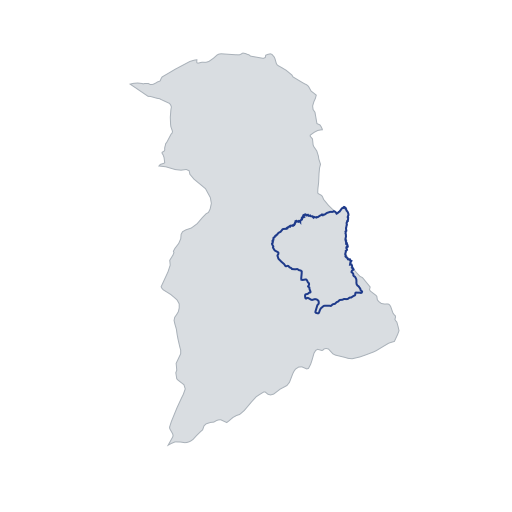 location of Bamingui-Bangoran within Central African Republic, rotated 100°
{"feature_id": "CAF-806", "entity_name": "Bamingui-Bangoran", "entity_type": "Prefecture", "adm_level": 1, "iso_a3": "CAF", "parent_name": "Central African Republic", "parent_adm1": "", "projection": "robinson", "projection_center": [20.535, 8.397], "detail": "fine", "context": "in_parent", "style": "outline", "palette": "blue", "viewbox_px": 512, "rotation_deg": 100, "n_neighbors": 0, "source": "natural_earth", "source_scale": "10m", "svg_char_len": 9635}
<svg xmlns="http://www.w3.org/2000/svg" viewBox="0 0 512 512"><g transform="rotate(100 256 256)"><path d="M353.1,183.4L357.6,184.8L358.4,186.4L357.2,191.6L358.0,194.8L360.6,197.5L363.2,198.7L365.7,199.4L374.5,201.1L378.1,203.0L382.9,209.1L388.9,214.6L390.3,217.5L390.1,220.2L388.3,223.4L388.6,224.8L391.4,228.0L394.5,231.3L400.3,235.0L410.3,240.8L414.9,244.6L416.5,247.6L419.1,250.8L422.7,253.7L425.1,255.9L423.4,262.3L423.9,264.4L424.8,266.2L426.9,268.7L427.8,271.9L429.9,275.9L432.3,277.7L436.5,278.4L438.7,280.2L443.2,283.4L447.6,286.2L449.5,288.1L450.7,289.8L451.7,291.8L452.2,293.7L452.3,298.0L453.1,303.4L455.4,307.0L457.6,309.7L448.7,306.6L447.3,306.5L445.7,307.1L441.1,310.9L439.6,311.4L433.7,310.6L419.4,307.5L408.4,304.6L405.1,303.6L399.2,302.6L395.3,304.6L391.7,311.4L390.7,312.7L384.9,314.7L382.2,314.2L375.6,316.0L365.4,313.2L361.8,313.8L358.9,315.2L351.6,318.3L347.1,320.0L341.9,321.7L337.0,324.1L333.7,325.5L330.5,325.4L327.5,324.0L324.3,322.8L320.5,322.6L316.5,323.3L313.1,326.0L311.8,328.0L308.8,333.1L305.4,341.5L304.0,343.2L302.8,344.1L286.8,339.9L279.9,338.9L275.2,340.2L269.4,337.9L266.9,337.4L265.7,338.2L262.4,337.1L257.1,334.3L252.1,333.1L247.6,333.5L244.8,332.5L242.5,329.7L239.7,324.6L234.5,319.6L227.5,315.5L223.1,312.5L221.4,310.4L217.7,309.3L211.9,309.1L206.4,311.1L198.5,317.4L191.1,330.4L187.0,335.3L183.7,336.6L182.9,339.7L184.5,344.7L184.9,350.4L183.8,360.2L184.2,367.2L182.4,366.1L180.7,362.8L180.0,362.1L175.1,363.6L172.6,365.0L171.2,366.3L170.2,366.5L168.7,364.7L167.4,364.3L165.5,364.7L163.6,364.6L162.3,364.4L161.5,364.6L159.2,363.5L150.8,360.8L149.4,359.9L147.7,359.9L143.4,362.3L141.1,363.0L134.2,364.5L126.7,365.2L123.9,365.2L122.0,366.3L120.7,367.8L118.4,376.7L117.8,378.3L117.9,380.5L117.2,387.7L117.5,390.0L108.6,409.8L107.2,406.5L106.2,402.6L105.9,398.2L106.1,397.0L105.5,395.7L104.8,392.1L105.5,389.8L104.9,387.3L103.2,384.9L101.6,383.1L100.7,381.4L100.0,380.7L98.3,380.4L96.0,379.6L86.1,368.0L75.9,354.9L73.8,350.7L73.0,348.3L75.5,348.0L76.1,347.5L76.1,346.4L74.6,343.0L73.9,338.8L72.6,336.2L68.6,332.2L64.8,329.2L63.6,327.6L62.9,325.4L61.4,311.3L60.8,307.3L59.6,305.5L58.7,304.7L58.4,303.7L58.5,301.2L59.1,299.0L59.0,298.1L60.1,296.1L60.1,283.1L58.9,281.3L56.6,281.3L55.4,279.4L54.4,277.0L54.7,275.3L56.9,272.6L58.4,271.6L62.7,269.5L64.0,268.5L64.7,267.2L65.3,265.4L67.8,258.7L71.6,252.0L73.2,250.7L77.0,240.8L77.9,238.3L78.6,235.8L79.8,233.8L84.0,230.4L87.1,224.6L90.5,224.9L94.0,225.8L98.4,226.3L101.9,225.2L104.2,222.9L115.0,219.0L115.8,215.8L117.5,214.2L119.5,212.8L120.2,212.6L120.4,213.6L121.6,216.9L124.0,220.1L127.6,223.6L128.7,223.4L130.9,220.7L136.5,219.1L138.0,218.3L142.0,214.4L146.8,211.9L149.6,211.0L154.5,208.4L158.0,208.7L163.5,208.3L172.8,207.1L179.5,206.7L182.9,206.2L183.7,205.7L185.0,201.9L186.1,200.8L188.6,199.2L193.5,193.5L196.8,188.7L197.7,187.0L198.4,186.7L199.8,184.7L198.4,182.6L192.9,178.3L193.0,177.8L192.7,177.0L193.0,176.4L195.1,174.7L197.9,172.7L201.0,172.0L208.9,172.2L215.6,171.7L217.2,171.8L222.4,170.8L226.0,169.9L229.7,167.9L238.1,168.1L245.0,162.9L247.0,161.9L247.9,161.1L248.2,160.3L251.4,158.3L255.1,154.0L258.0,150.1L258.8,147.4L266.7,138.2L269.4,138.4L270.7,137.3L273.9,131.1L274.8,130.0L278.1,128.9L279.6,127.1L281.0,124.4L281.0,121.0L280.4,118.3L280.4,117.0L281.1,115.8L282.4,114.6L288.3,111.3L289.9,109.7L290.8,108.3L292.4,108.0L294.3,108.2L295.4,107.3L296.7,105.8L300.9,103.8L304.7,102.2L308.7,102.9L316.1,104.9L318.3,109.3L319.3,110.8L328.4,121.2L330.1,123.6L334.6,131.2L337.4,136.2L340.5,143.5L340.8,147.5L340.4,150.9L339.8,160.6L339.0,163.3L335.0,168.5L334.9,170.9L335.7,172.8L336.9,173.6L337.6,174.6L337.2,179.1L338.6,180.8L341.6,182.0L349.1,182.8L353.1,183.4Z" fill="#d9dde1" stroke="#a8b0b8" stroke-width="1"/><path d="M252.3,157.6L252.7,157.8L253.6,158.9L254.3,159.1L254.8,159.2L255.1,159.1L255.3,159.1L255.7,158.3L255.9,158.1L256.4,157.4L256.6,157.2L257.4,156.9L257.9,156.8L258.1,156.7L258.3,156.7L258.7,156.3L258.9,156.1L259.1,155.3L259.3,155.0L259.5,154.7L260.2,154.1L261.2,153.4L261.8,153.1L263.4,152.7L264.9,152.5L266.3,152.0L266.6,151.8L267.6,150.8L267.7,150.6L267.9,149.9L268.1,149.7L268.3,149.4L268.9,148.9L269.5,148.2L270.2,147.6L271.5,147.0L271.8,146.6L272.5,145.4L272.8,145.3L273.5,145.5L273.8,145.6L274.0,145.9L274.2,146.6L274.2,146.9L274.1,147.6L274.2,147.9L274.5,149.7L274.6,151.1L274.7,151.3L274.9,151.5L275.2,151.7L275.6,151.7L276.4,151.6L277.2,151.6L277.6,151.8L277.9,152.2L278.4,153.0L280.2,154.9L280.4,155.1L280.6,156.3L280.9,156.7L281.2,157.1L282.3,158.1L282.5,158.5L282.7,159.1L283.0,161.4L283.1,161.9L283.3,162.2L283.8,162.9L284.1,163.4L284.7,165.6L284.9,166.0L285.2,166.3L286.0,166.8L286.4,167.0L286.7,167.4L287.4,168.5L287.9,168.9L289.0,169.7L289.4,170.0L289.7,170.6L289.8,171.1L290.1,171.7L290.4,172.2L291.9,173.3L292.2,173.7L292.2,174.0L292.2,175.0L293.0,179.5L293.3,180.4L293.8,181.0L296.1,182.9L296.6,183.2L298.3,183.7L300.7,184.1L301.2,184.3L301.5,184.6L301.7,184.9L301.7,185.7L301.6,187.0L301.1,187.7L300.4,187.8L294.3,187.1L293.7,187.0L292.5,186.2L291.9,186.0L291.2,186.1L290.5,186.2L289.7,186.5L289.4,186.7L289.2,187.0L288.8,187.5L288.5,188.0L288.3,188.7L288.2,189.3L288.2,190.2L288.3,190.5L288.4,190.9L289.4,192.8L289.5,193.6L289.5,194.0L289.4,194.3L288.4,197.0L288.3,197.5L288.3,197.9L288.4,198.3L288.6,198.6L289.1,199.0L289.2,199.3L289.2,199.6L288.9,200.0L288.3,200.3L287.4,200.6L286.5,200.8L285.8,200.8L285.3,200.6L285.0,200.2L284.6,199.1L284.4,198.6L284.1,198.3L283.4,197.7L283.0,197.4L282.8,197.1L282.5,196.3L282.3,196.1L282.1,196.1L281.5,196.2L279.4,197.5L278.9,197.7L278.0,197.9L277.7,198.0L277.2,199.0L277.0,199.4L276.8,199.4L275.3,198.8L274.8,198.8L274.3,198.9L273.7,199.1L273.3,199.8L273.0,200.2L272.4,200.7L271.2,201.5L270.7,202.1L270.4,202.7L270.6,203.4L271.5,205.9L271.5,207.2L270.1,207.6L265.2,208.0L263.2,208.3L262.6,209.3L262.5,210.1L262.5,210.7L262.5,211.2L262.3,211.6L261.8,212.7L261.7,213.1L261.8,213.5L262.3,215.1L262.6,218.3L262.0,218.9L261.6,219.7L261.4,220.8L261.3,221.1L260.4,222.1L260.2,222.5L260.2,223.1L260.3,223.4L260.8,224.3L260.9,224.6L260.9,224.9L260.8,225.2L260.6,225.5L259.5,226.5L259.1,226.9L257.0,230.4L256.5,231.0L255.2,232.9L255.0,233.1L254.7,233.5L252.5,234.6L252.1,234.9L251.6,234.9L251.2,234.8L250.5,234.4L250.2,234.4L249.1,234.4L248.8,234.6L248.4,235.1L247.6,237.6L247.4,238.2L247.1,238.7L245.2,240.4L244.5,240.8L243.8,240.6L243.6,240.6L243.3,240.8L241.8,242.1L241.3,242.3L241.1,242.4L240.8,242.3L240.7,242.0L240.5,241.9L239.5,241.9L239.3,242.0L239.0,241.8L238.7,242.0L238.3,242.4L237.8,242.2L237.1,241.7L236.9,241.9L236.4,241.8L235.6,241.9L234.9,241.9L234.6,241.5L234.4,241.1L233.9,240.8L233.2,240.7L232.7,240.4L232.4,239.7L232.0,239.6L231.8,239.6L231.2,238.8L231.1,238.7L230.4,238.6L229.8,238.2L228.8,237.3L228.0,236.1L227.6,235.8L226.9,235.5L226.2,235.0L225.4,234.7L225.0,234.4L224.5,233.3L223.9,230.6L223.3,229.8L223.2,229.8L222.8,230.3L222.5,230.0L221.8,229.1L221.6,228.8L221.4,228.5L221.3,227.6L221.1,227.6L220.6,227.9L220.1,227.3L219.9,225.1L219.3,225.2L219.1,224.8L219.2,224.1L219.0,223.8L218.7,223.8L217.9,223.4L217.8,223.7L217.6,223.7L216.6,223.3L216.3,223.3L215.9,222.8L215.5,223.0L215.0,222.8L214.8,223.0L214.3,222.4L214.5,221.7L214.9,220.9L215.0,220.1L214.8,219.9L214.0,219.8L214.0,219.5L214.2,219.1L214.8,218.4L213.9,218.6L213.6,218.6L213.3,218.2L212.9,218.1L212.3,217.2L211.9,217.0L211.6,217.1L211.1,217.5L210.7,217.5L210.6,217.3L209.9,216.3L209.8,217.1L209.4,216.9L208.4,215.8L208.0,216.5L207.5,216.4L206.4,214.7L206.4,214.4L207.2,213.7L207.3,213.4L207.1,213.2L206.6,212.6L206.4,212.0L207.3,211.4L207.3,210.8L207.0,210.2L206.7,209.8L207.2,209.4L207.3,209.1L207.3,208.2L207.1,207.7L207.1,207.4L207.1,207.1L207.4,206.8L208.0,206.5L208.2,206.1L207.6,206.0L207.4,205.6L207.6,204.6L207.5,203.5L207.6,203.2L207.1,202.9L207.1,202.6L207.1,202.2L206.9,201.8L205.3,200.2L204.7,199.4L204.2,198.7L204.2,198.1L203.7,198.0L203.8,197.8L204.0,197.5L204.2,197.2L203.6,196.8L203.5,196.6L203.5,196.1L203.4,195.9L202.8,195.1L201.7,194.1L201.2,193.5L199.7,190.7L199.5,189.8L199.4,188.9L199.2,188.0L198.4,187.3L198.4,186.7L198.7,185.7L199.0,185.3L199.3,184.8L200.3,184.0L199.7,183.2L198.7,182.4L198.2,182.1L197.9,181.5L194.2,179.7L193.9,179.4L193.7,179.0L193.6,178.4L193.4,178.0L192.9,178.3L192.4,177.9L192.4,177.4L193.1,176.2L193.4,176.3L193.7,176.3L193.9,176.1L194.1,175.4L194.5,175.3L195.0,175.0L195.6,174.7L195.8,174.3L196.0,174.1L196.4,173.6L197.1,173.1L198.3,172.4L199.6,172.0L200.4,172.3L200.9,172.3L201.7,172.5L201.9,172.4L202.0,172.0L202.4,171.8L203.7,171.8L204.3,171.6L204.6,171.6L205.0,171.8L205.3,172.1L205.6,172.2L205.9,171.8L206.3,172.1L206.8,172.3L207.4,172.5L207.9,172.5L208.3,172.4L209.5,171.9L209.8,172.1L212.2,172.1L212.4,172.2L212.6,172.2L212.9,172.1L213.6,172.1L214.5,171.7L215.5,171.4L216.3,172.1L216.8,171.8L218.2,171.8L218.4,171.7L218.6,171.5L219.3,171.2L220.0,171.1L220.8,170.8L221.4,170.8L224.0,170.9L224.4,170.7L224.8,170.1L225.3,170.4L225.7,170.2L226.5,169.6L227.2,169.6L227.4,168.9L227.6,168.7L227.9,168.8L228.0,169.4L228.4,169.3L228.3,168.9L228.4,168.7L229.3,167.8L229.6,167.7L229.9,167.7L230.3,167.9L230.5,168.0L230.6,167.3L230.9,167.2L231.1,167.4L231.4,167.8L231.7,168.3L232.3,168.5L232.7,168.3L233.6,167.6L234.1,167.4L234.4,167.6L234.7,167.8L235.4,168.5L236.1,168.3L238.6,168.5L239.2,168.3L240.3,167.6L240.6,167.5L241.0,167.7L241.6,166.9L242.0,166.1L242.4,165.3L243.2,165.0L243.4,164.7L243.1,163.8L242.9,163.0L243.4,162.6L243.8,162.6L244.0,162.3L244.1,162.0L244.2,161.6L244.3,161.2L244.6,161.3L245.2,161.7L245.9,161.7L246.4,161.9L246.6,161.9L248.2,161.9L247.8,160.5L249.0,159.7L250.4,159.3L250.7,159.0L251.0,159.3L251.2,158.9L251.5,158.2L252.0,158.0L252.2,157.6L252.3,157.6Z" fill="none" stroke="#1e3a8a" stroke-width="2"/></g></svg>